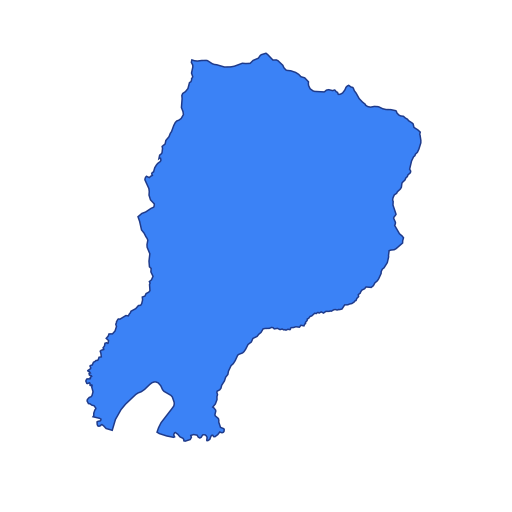 the district of Chaguaní, Cundinamarca, Colombia, rotated 282°
{"feature_id": "7082276B58224372670541", "entity_name": "Chaguaní", "entity_type": "district", "adm_level": 2, "iso_a3": "COL", "parent_name": "Colombia", "parent_adm1": "Cundinamarca", "projection": "mercator", "projection_center": [-74.667, 4.95], "detail": "fine", "context": "isolated", "style": "filled", "palette": "blue", "viewbox_px": 512, "rotation_deg": 282, "n_neighbors": 0, "source": "geoboundaries", "source_scale": "gbopen_adm2", "svg_char_len": 6060}
<svg xmlns="http://www.w3.org/2000/svg" viewBox="0 0 512 512"><g transform="rotate(282 256 256)"><path d="M400.9,393.7L403.4,393.2L408.2,391.4L409.1,390.8L411.3,390.9L412.9,388.3L414.6,383.8L417.9,382.2L418.5,381.2L420.1,377.1L421.3,375.7L422.0,373.4L423.3,371.2L423.1,368.3L423.6,366.4L425.3,364.0L426.9,363.1L427.2,362.3L427.2,357.4L426.3,352.7L426.4,349.2L427.4,345.2L427.4,343.8L426.9,340.6L425.4,337.1L425.4,334.3L426.2,331.8L427.0,331.5L428.8,328.0L431.4,324.2L436.1,320.1L438.1,317.8L440.4,316.3L441.0,315.5L441.0,313.9L442.2,311.2L441.3,310.0L439.8,309.0L436.9,308.4L433.4,306.8L431.6,304.6L431.2,302.9L433.0,301.7L433.4,300.2L434.5,299.0L434.7,298.3L433.7,296.6L433.8,292.5L432.9,290.4L430.9,288.9L430.6,288.2L429.2,279.2L429.3,277.6L430.8,274.2L433.5,272.1L435.3,271.4L437.3,271.1L440.4,266.6L440.7,262.7L442.6,259.9L443.8,256.6L444.4,251.5L444.0,247.6L444.2,246.6L446.0,244.1L448.1,242.6L451.6,236.9L452.0,235.2L451.2,231.8L455.5,225.5L456.4,223.6L454.0,219.3L452.9,218.4L450.0,217.2L446.7,212.5L443.2,210.2L442.1,205.9L441.7,202.6L437.1,195.3L435.7,191.9L434.3,185.9L434.9,177.9L434.7,175.3L435.0,173.2L437.0,167.9L437.0,166.8L435.9,162.1L434.5,158.2L434.2,155.1L434.5,152.5L432.0,152.5L429.6,154.4L427.8,154.9L421.5,154.9L418.3,156.8L417.7,156.8L415.9,156.1L415.2,156.4L413.4,156.2L412.7,155.9L411.8,154.9L405.6,154.6L402.1,152.8L399.7,150.5L397.6,150.1L394.6,151.0L385.7,152.2L382.0,154.6L379.2,155.6L374.9,154.2L372.9,152.4L371.6,150.4L369.8,149.3L366.5,148.4L360.1,147.5L358.2,146.7L354.6,146.1L350.3,143.8L346.7,143.8L343.7,141.4L341.8,142.2L337.6,142.6L336.5,142.3L334.6,140.8L331.0,140.8L331.8,141.5L331.8,142.3L330.0,143.1L328.6,142.8L326.1,140.6L324.4,139.7L321.3,138.6L316.9,138.3L316.1,137.2L314.7,136.9L313.3,137.9L312.1,136.4L310.5,135.3L311.2,132.3L310.0,131.6L308.5,131.4L307.4,131.5L299.7,137.2L296.8,138.2L293.3,138.7L289.0,141.1L285.8,145.7L283.5,146.0L282.4,145.7L280.8,143.5L276.1,138.9L273.9,135.5L269.9,132.4L265.6,135.0L257.7,138.6L255.1,141.8L252.0,144.3L250.5,145.9L248.9,146.9L244.5,147.0L241.9,147.7L236.1,151.7L228.7,152.4L223.3,154.0L222.0,156.0L218.6,156.5L214.7,159.5L210.9,158.7L208.8,157.0L207.5,158.0L205.9,157.8L200.0,159.5L198.3,158.6L196.4,156.3L193.7,155.7L192.2,153.3L189.4,154.2L185.6,154.1L183.8,153.4L183.1,151.3L179.5,149.3L176.0,145.2L174.3,144.9L172.8,144.1L170.9,143.6L170.7,141.1L165.9,136.0L165.9,134.8L165.4,134.1L162.6,133.2L161.4,133.4L160.2,133.0L158.0,134.2L153.3,133.7L150.0,131.8L149.2,128.4L147.0,128.1L144.3,126.6L142.7,129.3L140.1,129.5L139.7,129.2L140.1,127.9L139.2,126.4L136.5,126.5L134.3,125.5L133.4,126.4L132.9,126.5L131.7,124.3L130.5,123.4L128.6,124.5L125.2,125.7L124.3,123.5L122.2,123.3L121.0,122.8L120.5,121.2L119.3,120.4L118.3,119.1L115.4,118.5L114.3,116.6L113.6,116.6L112.3,117.6L111.4,117.6L109.0,115.3L108.4,115.7L108.3,117.0L107.1,118.3L106.5,117.1L104.9,117.8L104.6,119.9L104.1,120.3L102.8,119.1L101.8,119.5L101.4,119.3L100.6,116.2L99.1,115.6L98.2,115.6L96.2,117.0L96.2,117.7L97.4,119.6L96.9,120.1L95.0,120.6L94.9,121.2L95.7,121.9L95.7,122.3L94.9,122.7L93.8,122.5L89.3,124.8L85.4,124.6L84.0,123.9L83.0,122.3L80.6,120.9L79.1,120.9L76.8,122.8L76.9,124.4L76.0,126.4L75.9,128.7L73.9,130.9L73.3,131.1L71.9,130.4L68.5,130.0L66.1,130.5L64.9,130.0L64.7,136.8L64.2,138.3L63.4,138.4L62.3,137.9L61.5,135.9L60.7,135.0L58.2,135.7L57.0,136.5L56.8,137.4L57.1,138.4L57.8,139.3L58.9,139.8L59.1,140.3L58.3,142.1L56.1,145.2L55.6,151.6L66.9,152.5L77.7,155.9L84.0,159.2L95.6,167.2L97.5,169.1L99.4,172.0L102.4,174.8L108.3,178.8L110.4,180.6L111.6,182.5L112.0,184.2L111.6,186.7L109.3,189.8L105.8,192.4L104.5,194.1L102.0,201.7L100.8,203.4L96.0,206.3L94.3,206.8L92.2,206.8L89.2,205.5L73.2,197.8L67.8,196.4L63.1,195.8L62.2,198.3L61.4,206.1L61.5,213.1L62.2,214.0L63.8,212.7L64.4,212.7L66.1,213.1L66.6,213.8L65.3,216.7L63.3,219.2L62.5,222.4L61.6,223.4L60.2,223.9L60.2,225.3L62.8,229.8L65.2,230.5L66.9,229.5L68.4,232.1L68.5,235.6L66.8,237.2L66.3,238.9L67.3,240.1L69.7,240.9L70.2,241.5L70.5,243.5L69.9,244.6L68.4,245.9L65.6,246.1L65.2,246.4L65.4,247.3L67.0,248.9L70.4,249.4L71.6,250.2L71.7,251.0L70.5,252.1L70.7,253.4L73.3,255.7L76.4,257.2L76.0,258.8L76.2,259.9L76.9,260.8L78.1,261.2L79.9,260.9L80.4,260.3L81.0,256.9L85.8,254.1L87.6,253.8L89.2,253.0L91.2,249.3L92.4,248.8L95.9,248.9L96.9,248.5L98.8,246.2L99.2,245.1L102.8,247.0L107.4,247.7L110.4,247.0L112.4,247.2L114.3,246.1L115.7,246.1L117.5,248.3L119.4,249.2L122.4,249.3L127.2,251.1L131.1,251.5L134.3,253.1L137.6,253.0L143.6,254.4L145.9,256.1L149.3,257.4L155.1,258.7L156.2,259.6L158.4,263.0L159.9,264.1L162.5,265.2L167.8,266.6L170.9,269.3L174.7,270.1L177.6,273.8L179.9,274.9L182.3,276.8L186.2,278.1L187.0,279.9L188.0,284.1L189.4,286.1L189.4,287.7L188.5,289.0L189.7,292.1L189.0,294.8L190.0,296.7L189.5,298.7L190.0,299.6L189.7,300.7L191.0,302.5L191.0,304.5L191.7,304.9L192.6,304.8L193.3,305.5L193.8,307.5L195.1,309.7L195.4,313.3L197.6,314.3L197.6,317.4L199.5,317.8L200.2,318.5L201.4,318.2L203.5,319.4L205.1,319.3L205.9,320.4L208.2,321.5L208.9,322.9L212.2,325.3L212.2,326.9L213.5,327.9L213.7,328.7L213.3,329.6L214.9,331.4L214.2,333.9L216.4,335.9L217.0,339.0L217.6,339.9L217.7,341.2L219.7,343.4L220.2,345.2L220.0,346.0L220.3,347.3L220.9,348.0L220.9,348.8L222.0,351.1L226.6,352.9L227.4,356.0L228.5,357.5L229.4,359.6L231.3,361.5L232.6,362.1L233.3,363.1L235.4,363.4L237.6,364.8L239.5,364.1L241.4,365.7L242.9,365.9L244.8,366.8L246.5,369.0L248.6,370.1L249.2,375.2L251.4,377.0L254.3,377.8L256.9,379.8L259.1,380.7L264.9,382.0L266.8,381.7L269.4,382.3L271.1,383.7L276.8,385.8L282.7,385.9L284.0,385.5L288.9,385.1L289.8,386.6L290.9,389.9L292.3,391.5L299.2,396.7L301.4,396.3L304.5,396.5L306.0,394.7L307.6,391.7L314.7,385.3L316.5,385.6L317.9,385.4L321.5,382.8L322.5,382.8L325.7,384.3L326.3,384.1L334.3,379.4L337.9,378.8L339.1,378.0L341.4,377.9L344.6,378.6L346.5,380.5L348.1,380.9L351.6,383.3L353.4,383.9L357.5,383.6L358.4,383.9L361.3,385.9L363.7,386.4L365.1,387.5L367.0,387.8L369.2,389.5L370.5,389.8L371.6,389.4L372.8,388.2L381.3,388.4L385.8,389.5L387.2,390.6L388.7,390.7L391.0,392.3L394.4,393.1L400.9,393.7Z" fill="#3b82f6" stroke="#1e3a8a" stroke-width="1.5"/></g></svg>